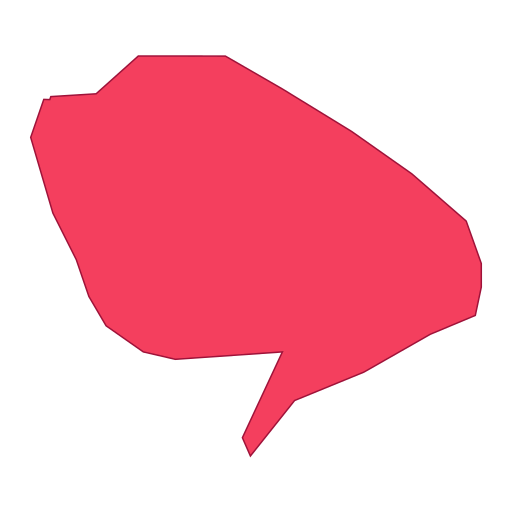 the Unitary Authority of Plymouth
{"feature_id": "GBR-2141", "entity_name": "Plymouth", "entity_type": "Unitary Authority", "adm_level": 1, "iso_a3": "GBR", "parent_name": "United Kingdom", "parent_adm1": "", "projection": "albers", "projection_center": [-4.124, 50.392], "detail": "fine", "context": "isolated", "style": "filled", "palette": "rose", "viewbox_px": 512, "rotation_deg": 0, "n_neighbors": 0, "source": "natural_earth", "source_scale": "10m", "svg_char_len": 462}
<svg xmlns="http://www.w3.org/2000/svg" viewBox="0 0 512 512"><path d="M250.4,456.0L242.4,437.7L282.4,351.9L175.3,359.3L143.3,351.9L106.1,325.8L88.9,296.5L76.3,259.7L52.9,213.1L30.7,137.4L43.8,99.4L44.0,99.4L49.8,99.6L50.8,96.6L96.1,93.8L138.3,56.0L180.3,56.0L225.4,56.1L282.6,89.1L351.7,131.5L411.9,173.9L466.2,221.1L481.3,263.5L481.3,287.1L475.3,315.4L430.2,334.3L363.9,372.1L294.6,400.5L250.4,456.0Z" fill="#f43f5e" stroke="#9f1239" stroke-width="1.5"/></svg>